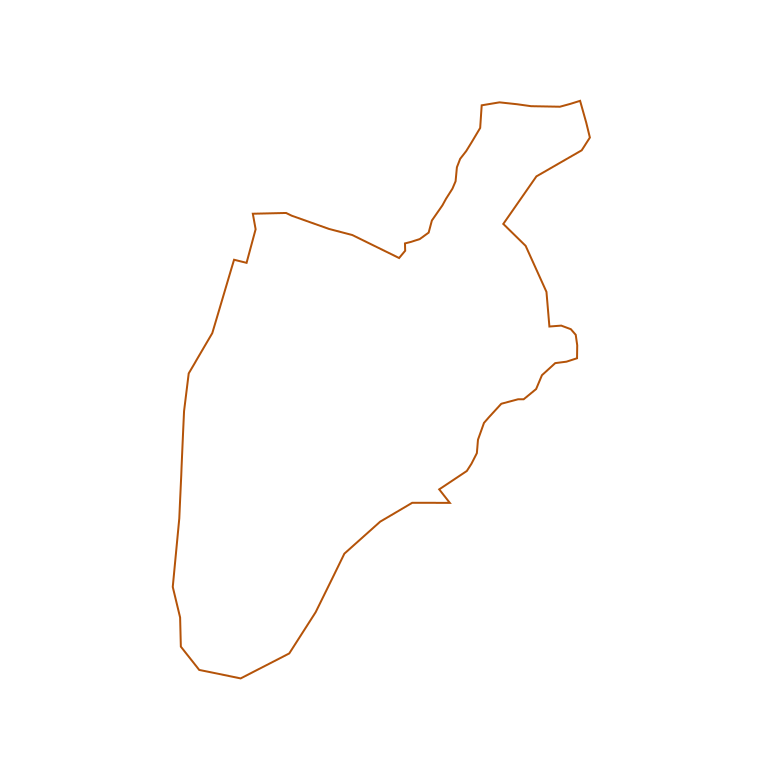 Aninri, Enugu, Nigeria (Mercator projection), rotated 71°
{"feature_id": "59680162B49286325204061", "entity_name": "Aninri", "entity_type": "district", "adm_level": 2, "iso_a3": "NGA", "parent_name": "Nigeria", "parent_adm1": "Enugu", "projection": "mercator", "projection_center": [7.587, 6.053], "detail": "fine", "context": "isolated", "style": "outline", "palette": "amber", "viewbox_px": 768, "rotation_deg": 71, "n_neighbors": 0, "source": "geoboundaries", "source_scale": "gbopen_adm2", "svg_char_len": 1293}
<svg xmlns="http://www.w3.org/2000/svg" viewBox="0 0 768 768"><g transform="rotate(71 384 384)"><path d="M227.4,121.0L223.8,116.4L222.9,115.3L218.0,109.1L202.8,107.7L180.1,106.4L179.8,116.6L179.1,127.4L169.2,154.5L162.8,167.1L155.3,183.1L152.3,200.9L173.2,209.7L184.1,222.6L190.5,230.4L195.9,238.7L199.5,241.7L202.8,244.5L215.6,250.3L221.6,255.7L229.1,265.1L234.1,270.6L245.0,285.5L255.4,292.5L258.6,303.0L258.4,312.5L257.9,318.4L264.9,320.6L269.8,328.7L232.8,365.5L219.5,385.5L194.8,416.5L190.4,420.9L180.3,452.6L195.9,455.0L224.7,474.5L217.7,485.3L224.5,490.2L259.0,514.8L280.0,529.8L289.6,541.0L300.6,553.8L302.8,556.3L306.3,560.4L310.4,565.2L344.6,581.9L366.8,590.7L396.5,602.4L404.0,605.3L430.7,615.9L444.4,621.3L507.1,649.8L538.4,652.8L566.2,661.6L594.2,651.8L599.6,642.6L615.7,615.4L607.9,561.3L577.5,522.9L550.2,495.4L531.5,476.7L512.9,432.4L509.1,413.6L505.5,396.0L517.8,360.5L501.6,366.1L493.2,334.0L487.9,327.3L479.6,318.7L474.4,316.4L467.3,313.3L453.3,302.1L450.1,296.5L449.9,296.2L441.0,279.8L440.9,279.1L442.1,262.1L443.9,256.9L438.3,241.8L427.1,231.8L420.0,215.3L422.3,204.2L422.5,193.1L410.3,188.7L399.9,186.7L393.0,189.5L386.5,197.4L383.5,208.9L383.1,208.8L349.8,200.4L299.5,205.1L271.5,219.1L237.3,172.3L227.4,121.0Z" fill="none" stroke="#b45309" stroke-width="2"/></g></svg>